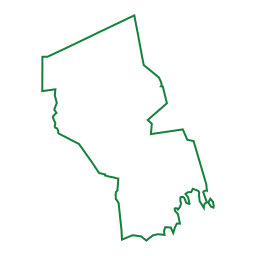 outline of Bristol, Massachusetts, United States of America
{"feature_id": "52423323B2218191316201", "entity_name": "Bristol", "entity_type": "district", "adm_level": 2, "iso_a3": "USA", "parent_name": "United States of America", "parent_adm1": "Massachusetts", "projection": "robinson", "projection_center": [-71.113, 41.795], "detail": "fine", "context": "isolated", "style": "outline", "palette": "green", "viewbox_px": 256, "rotation_deg": 0, "n_neighbors": 0, "source": "geoboundaries", "source_scale": "gbopen_adm2", "svg_char_len": 2057}
<svg xmlns="http://www.w3.org/2000/svg" viewBox="0 0 256 256"><path d="M90.2,159.7L97.4,170.5L99.1,173.0L99.5,173.1L100.4,173.3L103.5,174.0L105.1,174.4L105.1,175.5L109.3,176.6L111.8,177.1L114.3,177.6L117.6,178.5L118.3,178.6L118.3,179.1L117.8,185.7L117.7,186.6L117.4,190.5L115.9,192.2L115.6,195.1L115.8,198.4L115.9,199.2L116.9,200.2L118.7,203.4L118.7,204.0L121.5,230.3L122.0,239.6L132.7,235.2L141.1,236.4L146.4,240.6L148.1,239.0L151.7,236.3L153.0,235.3L157.9,234.2L164.5,234.9L164.0,230.9L165.3,227.2L170.8,227.5L173.2,233.0L174.9,227.5L176.8,223.6L179.9,223.6L178.0,214.2L175.1,211.0L174.6,209.0L175.2,208.2L176.8,208.3L177.9,209.6L179.9,207.1L181.1,203.4L180.3,201.0L180.4,197.9L180.4,197.6L181.2,196.9L183.4,197.1L184.5,198.3L186.2,202.8L189.1,204.0L189.5,203.6L188.1,197.3L185.5,193.9L187.8,192.3L188.0,192.2L191.2,192.1L192.8,188.8L197.9,190.7L198.8,191.5L199.2,192.7L199.0,195.6L199.1,195.8L199.6,201.0L202.1,205.1L203.8,207.8L203.9,205.9L204.8,203.6L206.9,202.4L203.2,192.1L204.0,191.1L206.6,190.3L206.9,190.5L206.3,184.4L202.3,170.7L200.2,163.6L193.6,141.1L187.3,139.8L182.8,129.4L150.9,134.1L151.8,123.8L147.7,120.0L166.9,103.3L162.8,86.5L161.0,86.3L161.3,85.9L161.6,85.2L161.6,84.9L161.3,82.8L160.0,79.8L158.9,77.5L143.7,65.0L142.3,57.7L142.1,56.8L137.6,32.5L137.1,30.0L134.3,15.4L124.4,20.1L116.5,23.9L107.4,28.2L104.4,29.7L100.0,31.7L94.3,34.5L70.8,45.8L47.6,56.7L42.4,56.8L42.4,63.7L42.4,64.4L42.3,80.1L42.3,83.1L42.3,91.0L43.8,90.9L44.7,90.8L45.5,90.7L47.2,90.4L47.5,90.4L48.1,90.3L50.5,90.0L51.1,89.9L55.1,89.3L55.4,89.3L55.2,91.1L54.8,95.6L55.7,98.7L55.8,99.2L56.8,102.8L56.7,103.2L54.3,109.4L54.4,109.8L56.5,112.9L55.7,113.5L55.1,114.2L53.5,115.7L52.8,117.5L55.2,122.8L55.3,123.1L55.2,123.7L55.2,124.5L54.9,125.4L54.7,126.1L54.8,126.8L55.2,127.6L56.3,128.1L56.8,128.2L57.4,129.1L58.2,131.1L58.2,132.7L58.7,133.5L61.7,135.1L62.2,135.3L72.0,140.4L79.0,144.0L89.7,159.1L89.9,159.3L90.2,159.7ZM210.3,198.7L208.4,202.5L210.9,206.6L213.4,207.6L213.5,207.2L213.7,205.8L212.9,201.7L210.3,198.7Z" fill="none" stroke="#15803d" stroke-width="2"/></svg>